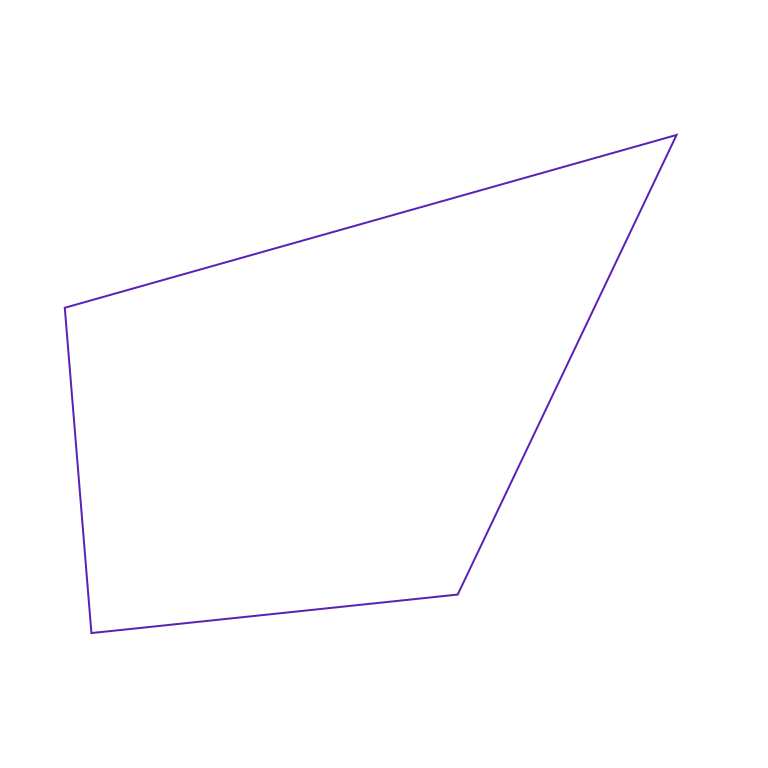 an SVG outline of Island Harbour, rotated 354°
{"feature_id": "AIA-5117", "entity_name": "Island Harbour", "entity_type": "District", "adm_level": 1, "iso_a3": "AIA", "parent_name": "Anguilla", "parent_adm1": "", "projection": "natural_earth1", "projection_center": [-63.003, 18.271], "detail": "fine", "context": "isolated", "style": "outline", "palette": "violet", "viewbox_px": 768, "rotation_deg": 354, "n_neighbors": 0, "source": "natural_earth", "source_scale": "10m", "svg_char_len": 223}
<svg xmlns="http://www.w3.org/2000/svg" viewBox="0 0 768 768"><g transform="rotate(354 384 384)"><path d="M74.5,274.8L701.0,166.9L435.3,601.1L67.0,601.1L74.5,274.8Z" fill="none" stroke="#5b21b6" stroke-width="2"/></g></svg>